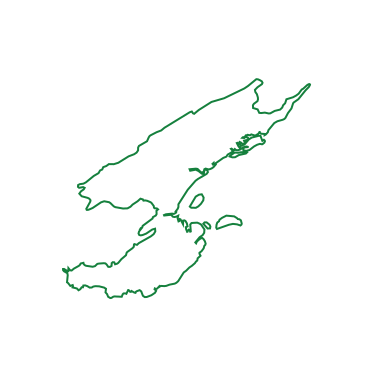 SVG path tracing the border of Chittagong, rotated 248°
{"feature_id": "BGD-2476", "entity_name": "Chittagong", "entity_type": "Division", "adm_level": 1, "iso_a3": "BGD", "parent_name": "Bangladesh", "parent_adm1": "", "projection": "orthographic", "projection_center": [91.588, 22.498], "detail": "fine", "context": "isolated", "style": "outline", "palette": "green", "viewbox_px": 384, "rotation_deg": 248, "n_neighbors": 0, "source": "natural_earth", "source_scale": "10m", "svg_char_len": 6077}
<svg xmlns="http://www.w3.org/2000/svg" viewBox="0 0 384 384"><g transform="rotate(248 192 192)"><path d="M269.3,283.6L272.5,293.9L271.8,295.3L270.2,296.9L268.4,298.2L266.8,298.3L265.8,297.2L264.6,292.0L263.1,288.6L261.0,288.2L258.4,288.8L255.0,288.5L253.2,287.9L251.7,286.7L250.6,282.4L249.6,281.0L247.0,280.1L244.0,283.8L240.2,284.0L239.3,285.7L238.3,289.3L236.1,292.5L235.6,294.0L236.2,299.1L235.4,304.6L236.5,307.3L238.3,309.0L239.4,311.6L242.6,314.3L242.0,321.1L242.4,324.6L243.2,327.7L245.9,332.1L246.1,333.7L248.1,339.2L248.2,341.1L247.5,341.7L247.0,341.4L245.6,339.7L243.7,335.3L238.2,325.4L236.9,319.9L236.4,319.0L232.2,315.5L229.2,310.5L225.7,306.4L225.1,305.0L225.0,303.2L225.6,297.7L225.1,294.1L220.7,286.0L219.0,284.7L217.7,282.0L217.5,280.6L218.6,281.1L220.1,278.0L221.4,277.0L222.9,277.6L221.9,276.6L221.1,275.1L220.6,271.7L223.2,268.5L222.8,267.1L224.2,265.0L223.9,264.2L224.4,263.4L224.2,262.7L223.2,261.9L223.7,259.5L223.4,258.9L222.8,260.1L223.4,260.1L222.4,263.0L221.5,264.2L220.1,264.2L219.5,263.2L220.1,259.5L219.6,259.5L219.2,261.0L218.4,260.9L217.4,258.6L217.7,256.7L219.4,256.0L220.6,254.9L220.1,254.3L218.8,255.3L218.2,254.5L218.7,253.3L220.6,252.5L220.6,251.9L216.9,252.2L214.2,253.1L213.4,252.4L213.5,250.3L214.4,248.5L215.8,247.8L215.2,246.9L215.5,246.1L217.4,244.9L217.4,244.3L215.8,244.8L214.7,246.2L213.9,243.3L213.3,239.1L211.9,237.1L211.9,233.8L209.9,225.2L209.7,222.2L210.8,222.7L210.4,221.6L209.7,221.8L209.2,222.9L209.2,224.5L208.7,224.5L207.0,221.2L206.5,219.1L206.5,217.0L206.8,215.7L208.6,213.4L208.5,212.0L206.5,210.5L206.2,208.4L207.6,207.4L211.3,205.8L212.2,204.3L214.0,198.3L212.4,198.3L211.5,202.8L211.6,203.5L209.0,205.9L205.4,207.9L204.8,208.7L205.0,210.1L207.6,211.7L207.6,213.3L206.2,214.3L204.5,214.2L203.3,212.3L201.9,202.6L201.1,199.5L195.7,188.9L185.7,174.8L183.2,173.8L181.8,172.5L180.1,169.6L179.5,170.0L178.9,169.6L178.5,167.6L178.6,166.6L179.4,165.5L181.1,159.5L181.1,157.4L180.6,157.4L178.9,163.5L178.2,164.4L176.4,164.9L175.4,166.3L175.0,168.2L175.2,170.3L172.9,168.8L169.8,168.5L169.8,169.1L171.5,169.6L171.7,170.4L170.9,171.1L165.5,171.6L168.8,173.1L168.5,174.4L167.5,175.1L164.9,175.5L161.8,175.0L161.7,173.1L159.6,172.6L156.9,172.6L156.9,173.1L157.9,174.0L158.3,174.9L157.7,175.5L155.9,175.5L155.9,176.1L162.5,178.2L163.4,179.9L163.1,181.0L161.6,185.4L160.0,187.0L158.5,188.2L152.6,189.5L149.6,188.0L148.0,185.7L147.2,182.1L144.0,176.2L142.9,176.6L144.1,177.8L145.1,180.2L145.7,182.6L145.5,184.3L143.9,185.1L141.4,185.5L139.0,185.3L138.0,184.5L137.5,183.3L135.4,181.7L133.5,178.6L132.9,176.2L132.0,175.8L129.7,176.0L128.4,172.4L126.5,171.2L126.0,169.6L124.9,168.0L123.6,164.2L123.0,161.3L121.2,157.1L120.5,154.2L114.5,145.8L113.7,143.6L113.5,141.7L114.5,136.5L114.6,133.0L115.1,131.1L116.6,127.9L116.3,126.3L116.8,126.3L115.5,123.5L115.5,122.4L116.3,121.6L115.7,121.4L115.7,121.0L113.8,121.7L112.4,119.9L111.5,115.7L111.6,110.7L112.3,108.8L114.2,107.6L118.8,107.7L120.6,106.7L120.7,103.5L120.4,102.4L119.7,101.8L120.4,100.8L122.9,98.8L122.3,97.9L122.7,97.2L124.8,96.5L125.0,96.1L122.2,93.0L122.9,92.3L123.6,90.5L123.1,89.4L121.2,87.6L124.3,80.8L124.4,79.6L124.0,77.7L124.3,76.5L126.3,75.0L129.2,75.0L131.3,74.2L134.5,76.0L136.3,74.7L139.3,70.6L140.9,67.1L141.3,65.0L141.0,63.3L141.7,61.3L143.9,59.7L145.4,58.0L146.0,56.2L144.5,55.2L145.0,54.0L143.7,52.0L143.4,50.0L145.7,49.1L148.3,45.5L149.3,46.4L150.4,46.5L150.5,44.0L154.0,43.0L155.1,42.3L161.4,45.6L163.4,46.0L166.5,43.6L167.9,43.2L168.9,43.6L168.6,44.5L164.9,47.2L164.9,47.6L167.7,48.9L165.0,49.7L164.3,51.0L165.2,53.8L165.9,59.3L166.3,60.6L167.4,62.0L167.0,64.8L165.7,64.6L164.4,65.1L163.3,66.1L159.9,71.9L159.6,74.3L160.8,77.3L160.5,78.9L159.0,83.6L158.2,85.0L156.7,85.7L154.0,86.3L153.3,87.9L153.6,89.7L156.1,90.9L156.6,92.2L155.9,93.6L153.8,93.6L153.6,95.7L153.9,97.1L156.2,101.4L158.1,107.1L160.1,108.6L160.6,109.4L162.2,115.8L163.0,117.5L165.0,118.5L165.3,119.0L163.6,121.2L164.5,123.5L166.3,137.2L167.3,140.7L169.2,143.2L171.8,144.0L172.1,141.1L170.6,134.0L170.6,130.2L171.0,128.2L171.9,127.0L173.6,126.9L175.2,128.1L176.9,131.0L177.2,130.3L177.7,131.0L177.7,132.5L179.1,133.6L182.2,145.5L183.3,146.3L183.8,149.7L184.8,150.9L187.9,152.0L188.6,154.0L189.9,153.3L191.0,151.2L191.8,150.9L193.4,151.3L197.2,150.3L198.1,149.7L200.6,147.2L201.9,145.2L202.0,144.1L202.3,143.7L203.5,143.7L205.1,141.7L203.8,138.1L202.6,132.2L201.4,129.5L201.0,126.1L202.5,121.9L206.7,115.2L208.0,114.1L212.3,112.2L213.6,111.3L216.3,107.1L216.5,103.8L214.4,93.9L214.3,90.7L214.4,88.8L214.9,87.7L216.0,87.7L221.2,94.1L222.4,94.8L224.2,94.3L225.6,93.1L229.4,88.1L232.7,86.9L234.2,89.3L235.0,92.6L236.1,94.0L237.3,92.9L238.2,88.9L239.5,88.2L241.1,89.0L241.3,90.9L240.4,94.5L240.7,97.3L243.7,107.0L244.5,112.4L246.4,114.8L246.5,117.2L248.3,119.0L248.2,122.3L249.0,125.4L247.1,129.9L246.7,134.6L248.8,146.6L248.7,152.5L249.3,155.4L250.8,157.6L253.4,158.7L254.6,160.1L255.9,169.3L258.9,172.4L259.8,173.7L260.1,175.0L260.7,181.6L260.6,186.5L261.9,190.6L266.8,219.8L266.7,222.0L264.6,222.4L263.7,223.3L265.5,229.0L268.2,243.8L266.9,256.9L268.4,279.3L269.3,283.6ZM154.2,204.0L154.8,206.1L156.0,207.2L156.8,210.3L157.2,215.0L153.6,222.0L150.8,224.0L149.8,224.3L148.9,225.8L147.4,226.7L144.2,226.3L143.3,225.7L142.8,224.4L145.1,221.7L147.1,218.0L147.8,213.9L148.4,201.3L149.8,201.1L152.5,202.5L154.2,204.0ZM216.3,253.1L216.5,258.7L219.4,264.3L220.1,267.7L219.1,275.0L218.4,276.5L213.1,276.4L213.5,278.2L212.5,278.7L211.7,278.6L210.6,277.5L210.0,275.4L210.0,274.8L211.2,273.0L211.4,270.1L211.0,266.6L209.4,261.0L209.8,257.8L211.3,255.3L212.2,255.4L213.3,256.3L213.7,257.4L212.5,261.3L213.7,259.7L214.2,257.7L214.1,255.5L213.6,253.7L216.3,253.1ZM179.3,184.5L186.3,193.7L186.9,197.4L186.2,200.2L182.5,200.7L180.0,199.3L177.7,195.9L176.3,192.5L175.9,189.7L177.7,185.4L179.3,184.5ZM212.5,245.8L212.2,247.2L211.1,249.4L210.5,252.3L208.8,257.0L208.1,257.8L207.5,256.4L208.7,249.3L208.1,245.0L209.0,242.4L210.9,240.2L211.3,240.8L212.5,245.8ZM152.3,192.8L158.3,190.6L159.1,192.2L158.3,194.2L155.1,196.0L153.1,196.1L151.5,195.1L152.3,192.8Z" fill="none" stroke="#15803d" stroke-width="2"/></g></svg>